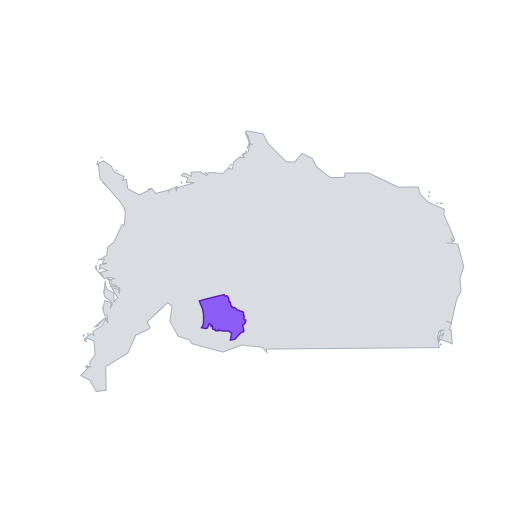 location of Wisconsin within United States of America, rotated 166°
{"feature_id": "USA-3553", "entity_name": "Wisconsin", "entity_type": "State", "adm_level": 1, "iso_a3": "USA", "parent_name": "United States of America", "parent_adm1": "", "projection": "albers", "projection_center": [-89.863, 44.9], "detail": "fine", "context": "in_parent", "style": "filled", "palette": "violet", "viewbox_px": 512, "rotation_deg": 166, "n_neighbors": 0, "source": "natural_earth", "source_scale": "10m", "svg_char_len": 7624}
<svg xmlns="http://www.w3.org/2000/svg" viewBox="0 0 512 512"><g transform="rotate(166 256 256)"><path d="M403.7,192.9L428.6,185.0L433.9,162.0L443.8,163.1L447.3,175.6L455.0,182.4L446.2,188.0L446.3,190.5L444.0,188.0L442.8,193.6L436.1,198.9L433.8,212.6L439.4,216.9L442.2,215.6L440.9,213.4L442.0,214.3L442.9,216.9L434.8,220.7L432.6,218.2L432.6,222.3L422.9,225.3L416.4,231.8L416.7,228.8L415.6,227.2L414.9,234.3L417.2,235.1L417.5,241.0L413.7,249.4L407.6,245.8L410.0,240.5L406.9,244.4L409.2,249.3L412.0,251.9L412.9,255.1L408.4,268.2L409.1,260.3L402.8,254.1L405.0,246.0L400.3,249.1L403.8,260.0L398.3,257.4L396.7,258.0L397.7,254.3L397.5,253.3L396.2,256.3L396.5,258.6L404.7,261.7L403.3,264.0L399.3,260.6L397.9,260.2L402.9,264.1L404.9,264.8L404.2,267.7L401.6,265.9L405.9,269.6L405.1,270.3L403.0,268.4L398.1,268.2L404.6,271.3L408.3,270.5L413.6,280.1L409.1,272.8L410.9,277.8L403.7,277.9L409.6,282.1L411.8,280.2L409.4,285.3L402.4,284.8L406.9,286.5L403.7,289.4L408.1,290.4L400.7,292.7L397.7,300.7L390.7,303.7L378.3,318.9L376.3,317.6L372.2,330.5L372.0,333.6L375.2,342.7L388.8,369.0L386.6,383.8L381.0,385.3L374.8,378.1L373.2,371.8L364.7,365.1L367.1,361.5L363.3,362.0L364.1,352.2L354.4,343.4L340.7,346.6L338.0,341.0L324.4,341.1L326.0,338.9L323.7,341.2L317.6,342.3L317.5,338.0L316.5,341.1L297.9,342.1L305.8,344.2L303.1,348.2L309.1,352.0L306.0,354.1L299.3,349.0L298.8,353.0L289.6,351.2L284.5,346.0L281.3,348.5L268.0,344.0L259.8,349.1L261.9,347.7L257.8,346.0L255.2,352.7L246.6,356.5L248.6,355.4L243.2,354.2L244.9,356.7L238.3,359.0L235.1,366.3L232.4,364.8L234.6,367.1L234.4,374.0L236.7,378.4L234.6,379.7L219.6,372.8L217.2,362.4L203.8,340.1L195.8,337.8L186.8,344.4L178.0,337.5L175.4,327.5L165.0,314.1L150.7,310.9L149.7,315.0L126.7,309.3L101.1,288.3L81.8,283.7L81.6,276.0L76.0,266.8L61.9,255.7L63.7,250.9L59.2,224.2L60.5,222.1L62.0,226.1L62.2,220.7L67.9,222.6L57.3,218.8L57.0,195.1L63.4,185.3L65.7,172.2L71.7,165.6L82.5,144.0L87.0,146.6L82.3,143.3L86.3,137.9L84.5,137.2L86.8,123.3L97.1,130.4L92.1,136.0L97.8,132.9L95.1,138.3L91.9,138.5L93.7,139.6L96.8,138.2L99.8,132.8L100.3,122.8L268.5,163.2L268.8,159.6L271.8,165.8L291.2,173.1L311.3,170.8L339.4,186.4L340.9,190.7L350.9,196.9L355.3,213.6L349.5,227.8L353.1,232.0L377.6,218.4L375.9,212.2L378.0,210.8L391.8,208.3L403.7,192.9ZM426.5,227.5L430.6,225.8L416.3,233.0L427.8,225.6L426.5,227.5ZM98.9,128.6L99.0,132.7L98.6,133.2L97.7,129.7L98.9,128.6ZM236.5,377.2L235.0,371.0L235.5,367.6L235.5,371.2L236.5,377.2ZM447.3,188.2L447.8,190.2L447.0,189.9L447.3,188.2ZM284.6,347.8L285.0,349.2L283.5,348.0L284.6,347.8ZM66.0,263.5L68.1,263.4L68.2,263.7L66.0,263.5ZM64.2,262.2L63.2,262.9L62.9,261.8L64.2,262.2ZM438.8,220.0L437.9,221.5L437.5,221.3L438.8,220.0ZM237.0,364.5L235.5,367.1L238.9,362.1L237.0,364.5ZM384.6,360.3L387.3,365.5L384.2,359.8L384.6,360.3ZM73.9,271.4L74.2,273.1L73.7,271.5L73.9,271.4ZM387.6,384.5L386.0,386.4L388.5,382.5L387.6,384.5ZM414.8,283.5L413.4,285.9L413.9,280.5L414.8,283.5ZM98.6,125.0L98.2,126.1L97.8,125.3L98.6,125.0ZM244.9,357.8L241.8,358.8L245.0,357.4L244.9,357.8ZM442.9,219.6L443.1,221.0L441.8,221.0L442.9,219.6ZM72.4,275.3L72.4,277.3L72.1,275.4L72.4,275.3ZM241.0,359.8L239.7,360.4L240.9,359.4L241.0,359.8ZM412.6,257.5L411.4,260.7L412.7,256.4L412.6,257.5ZM258.9,350.3L256.9,351.2L259.7,349.5L258.9,350.3ZM372.7,331.9L372.5,334.2L372.2,332.7L372.7,331.9ZM408.8,290.7L408.3,291.2L409.8,289.2L408.8,290.7ZM345.6,345.8L343.4,347.1L342.4,346.9L345.6,345.8ZM316.7,342.0L316.3,342.4L315.0,342.3L316.7,342.0ZM370.6,372.2L371.1,373.8L370.1,372.0L370.6,372.2ZM310.8,345.2L310.4,346.7L310.3,344.1L310.8,345.2ZM382.6,388.9L381.2,389.2L383.1,388.5L382.6,388.9ZM417.3,242.1L416.8,243.7L417.4,241.4L417.3,242.1ZM412.1,286.6L411.4,287.2L412.1,286.6Z" fill="#d9dde1" stroke="#a8b0b8" stroke-width="1"/><path d="M322.6,197.8L322.8,197.9L323.2,198.1L323.5,198.2L323.7,198.4L323.9,198.5L324.2,198.6L324.6,198.8L324.8,199.0L325.0,199.1L325.3,199.2L325.5,199.3L325.9,199.5L326.2,199.6L325.8,200.1L325.4,200.4L324.9,200.9L324.6,201.3L324.3,201.6L323.9,202.1L323.7,202.5L323.5,203.0L323.2,203.5L323.0,204.3L322.6,205.4L322.4,206.3L322.1,207.2L321.9,208.2L321.8,209.0L321.5,210.1L321.3,211.0L321.1,212.0L321.0,212.9L320.8,213.9L320.8,214.6L320.8,215.8L320.7,216.7L320.7,217.6L320.8,218.1L320.9,219.0L321.1,220.1L321.2,221.3L321.4,222.2L321.5,223.1L321.6,224.1L321.7,224.8L321.9,226.1L320.4,226.1L319.1,226.2L316.4,226.3L315.1,226.3L306.4,226.3L303.9,226.3L296.4,226.2L296.5,225.9L296.4,225.8L296.2,225.5L296.2,225.4L296.0,225.0L295.9,224.9L295.6,224.8L295.3,224.6L294.1,224.4L293.8,224.2L293.6,224.1L293.3,223.5L293.3,223.3L293.3,222.9L293.2,222.8L293.2,222.6L293.0,222.4L292.9,222.2L292.9,221.6L292.8,221.4L292.8,221.0L292.8,220.7L292.7,220.0L292.8,219.6L293.2,219.1L293.3,218.8L293.3,218.5L293.2,218.3L292.6,218.0L292.5,217.9L292.4,217.8L292.4,217.6L292.4,217.4L292.3,217.2L292.2,217.1L292.2,216.8L292.2,216.7L292.3,216.5L292.3,216.4L292.3,216.2L292.2,216.0L292.2,215.9L292.3,215.6L292.2,215.2L292.3,214.6L292.3,214.4L292.3,214.2L292.2,214.1L292.1,213.9L292.1,213.7L292.1,213.4L292.1,213.1L292.0,212.9L292.0,212.7L291.9,212.6L291.5,212.5L291.5,212.3L291.3,212.1L291.3,211.9L291.2,211.8L291.2,211.7L290.8,211.7L290.7,211.6L290.4,211.3L289.6,211.3L289.6,211.2L288.7,210.4L288.4,210.3L288.3,210.1L287.8,209.1L287.6,208.6L286.6,207.6L286.2,207.5L285.4,207.3L285.2,207.2L285.0,206.7L284.8,206.4L284.6,206.2L284.4,206.1L283.3,205.9L283.0,205.7L282.9,205.5L282.8,205.4L282.4,204.9L281.9,204.6L281.8,204.4L282.1,203.8L282.1,203.6L282.1,203.4L282.1,203.1L282.2,202.9L282.2,202.4L282.2,202.0L282.0,201.6L282.0,201.3L282.2,201.2L282.3,201.1L282.4,200.9L282.4,200.7L282.3,200.4L282.2,200.3L282.3,200.2L282.3,199.6L282.4,199.4L282.4,199.2L282.5,199.1L282.7,198.9L282.8,198.8L282.8,198.5L283.0,198.2L283.0,197.9L282.9,197.7L282.7,197.4L282.6,196.9L282.3,196.6L281.9,196.6L281.6,196.6L281.5,196.2L281.6,195.5L281.6,195.3L281.7,195.2L282.3,194.7L282.5,194.4L282.5,194.1L282.7,193.6L282.9,193.4L283.2,193.3L283.3,193.3L283.6,193.0L283.8,193.0L284.0,192.8L284.1,192.7L284.5,192.7L284.7,192.4L284.8,192.3L285.1,192.3L285.3,192.3L285.3,192.2L285.5,191.9L285.7,191.5L285.9,186.3L286.0,186.3L286.3,186.4L286.5,186.2L286.5,185.9L286.7,185.7L286.8,185.7L286.9,185.4L287.0,185.4L288.1,185.7L291.4,183.9L292.0,183.5L295.4,181.2L296.0,180.8L296.7,180.3L297.8,180.4L299.0,180.5L299.5,180.5L301.2,180.6L300.7,181.8L299.4,184.7L298.7,186.3L298.5,186.7L298.2,187.3L298.3,187.5L298.5,187.6L298.8,187.7L299.0,187.8L299.3,187.9L299.4,188.0L299.5,188.1L300.0,189.3L300.1,189.5L300.3,189.7L300.9,189.8L301.8,190.1L304.6,190.8L305.6,191.1L306.0,191.2L306.8,191.4L307.3,191.7L308.7,192.5L308.8,192.5L309.0,192.5L309.3,192.5L309.5,192.5L310.0,192.7L310.0,192.8L310.1,192.7L310.3,192.6L310.5,192.6L310.8,192.6L311.0,192.7L311.4,192.9L311.5,192.9L311.8,192.8L312.0,193.0L312.4,193.0L312.5,193.1L312.8,193.2L313.0,193.2L313.2,193.3L313.3,193.3L313.5,193.5L313.7,193.9L313.7,194.0L313.5,194.3L313.4,194.4L313.4,194.5L313.5,194.5L313.8,194.8L314.0,194.8L314.2,194.7L314.3,194.8L314.5,195.0L314.9,195.0L315.0,195.1L315.2,195.3L315.3,195.4L315.5,195.5L315.6,195.8L315.5,196.0L315.7,196.3L315.7,196.6L315.6,196.8L315.6,197.1L315.6,197.4L315.6,197.5L315.5,197.8L315.3,198.0L315.2,198.0L315.2,198.3L315.2,198.6L315.2,198.8L315.3,198.9L315.5,198.8L315.8,198.8L316.4,198.5L316.5,198.5L316.7,198.8L316.6,199.1L316.4,199.5L316.2,199.9L316.2,200.0L316.2,200.4L316.2,200.5L316.4,200.6L316.5,200.8L316.6,201.0L316.8,201.1L317.1,201.2L317.5,201.4L317.9,201.4L318.2,201.4L318.3,200.9L318.4,200.2L319.0,199.9L319.5,199.4L319.8,199.1L320.0,198.7L320.2,198.3L320.4,197.9L320.8,197.9L321.6,197.9L322.6,197.8Z" fill="#8b5cf6" stroke="#5b21b6" stroke-width="1.5"/></g></svg>